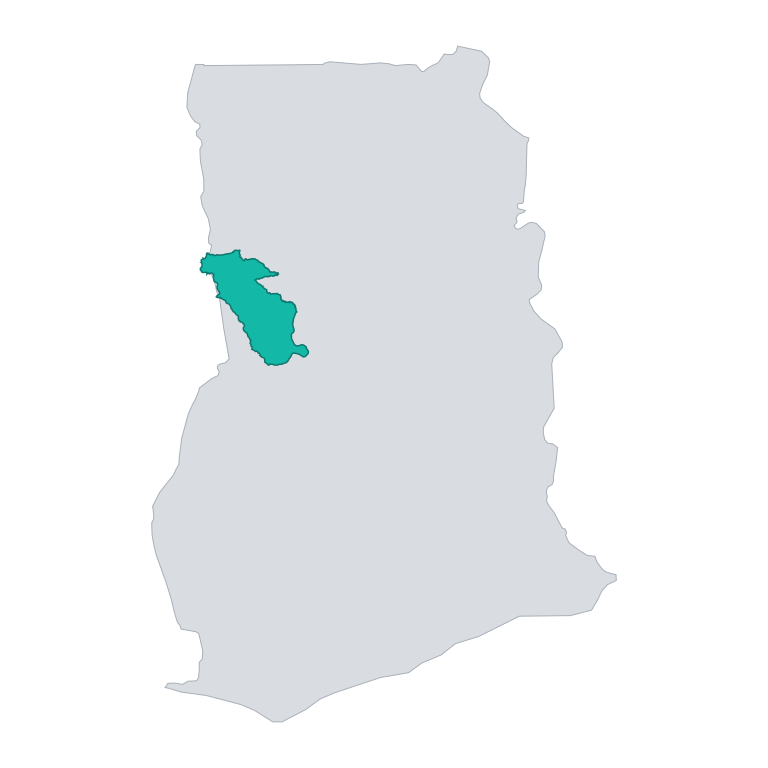 Bole, Northern, Ghana (highlighted)
{"feature_id": "2480657B39398526932747", "entity_name": "Bole", "entity_type": "district", "adm_level": 2, "iso_a3": "GHA", "parent_name": "Ghana", "parent_adm1": "Northern", "projection": "orthographic", "projection_center": [-2.328, 8.691], "detail": "fine", "context": "in_parent", "style": "filled", "palette": "teal", "viewbox_px": 768, "rotation_deg": 0, "n_neighbors": 0, "source": "geoboundaries", "source_scale": "gbopen_adm2", "svg_char_len": 8582}
<svg xmlns="http://www.w3.org/2000/svg" viewBox="0 0 768 768"><path d="M481.6,51.3L488.2,57.6L489.7,61.3L487.4,75.0L482.6,84.6L479.6,93.5L480.1,98.0L483.1,102.5L493.2,109.5L498.4,114.0L504.6,120.9L511.6,127.6L523.7,136.3L528.8,137.9L528.6,140.4L527.0,143.8L526.1,176.6L525.3,185.1L524.4,189.4L523.4,201.7L522.2,203.4L519.9,203.3L517.8,203.8L517.3,206.2L518.2,208.7L525.4,210.5L523.9,212.3L518.5,214.1L516.0,217.8L517.1,222.0L514.2,225.4L515.0,227.7L517.0,229.3L520.0,228.7L528.5,223.0L532.0,222.3L536.4,223.5L544.6,232.0L545.0,236.3L541.8,250.7L538.7,261.9L538.2,276.8L541.7,285.2L541.2,289.8L537.6,293.8L529.2,299.6L529.9,303.5L533.7,310.8L540.9,318.9L554.8,328.9L562.2,342.0L562.4,347.3L558.2,352.7L553.3,357.4L551.7,364.1L554.2,408.2L543.4,427.4L543.3,432.8L544.5,439.2L547.4,443.0L553.0,444.0L557.6,447.7L556.1,461.1L553.7,474.8L553.4,481.4L552.0,484.6L547.7,487.2L546.2,491.5L547.3,496.8L546.5,500.8L548.9,505.8L553.9,512.2L562.1,527.9L565.2,529.1L566.6,532.4L565.7,535.6L568.9,542.6L577.9,549.5L587.3,555.5L594.9,556.3L596.8,561.7L601.8,568.7L605.4,571.7L611.2,573.6L616.0,574.6L616.3,580.5L607.7,584.5L602.0,590.6L597.6,599.9L591.6,610.1L570.5,615.6L562.5,615.7L519.3,616.2L478.8,636.4L455.5,643.6L441.2,654.9L421.9,663.0L408.5,672.7L380.5,677.5L334.6,692.8L320.2,698.9L305.7,709.5L282.0,721.9L272.7,721.8L254.2,710.2L240.3,704.4L206.2,695.5L180.8,692.0L168.5,688.2L165.1,687.5L168.0,683.3L175.1,683.1L182.5,684.4L188.2,681.2L196.5,680.8L198.6,677.5L199.3,669.1L199.2,662.3L202.1,659.3L202.9,651.4L198.8,633.7L195.9,631.7L181.1,629.1L180.0,625.6L177.3,621.9L174.5,612.8L171.3,599.3L166.1,582.5L156.2,554.8L153.8,545.0L152.1,535.0L151.7,523.1L153.8,518.7L153.5,512.5L152.6,506.4L159.7,492.3L173.4,475.1L176.3,468.8L178.9,464.5L179.2,458.3L181.7,438.2L188.3,413.9L192.4,404.7L195.2,399.7L198.6,391.6L199.5,387.8L212.1,378.3L217.9,375.7L219.2,372.0L217.2,367.9L218.1,365.1L221.1,363.7L225.8,362.6L229.1,358.7L223.8,328.7L219.6,298.8L219.3,296.2L216.8,292.1L214.2,279.7L210.0,272.5L204.1,270.4L204.1,263.6L210.1,252.1L211.7,245.3L208.8,243.3L208.4,238.1L210.4,229.6L209.4,224.4L208.4,218.8L202.2,205.7L200.7,196.5L203.9,191.1L203.8,179.2L200.4,160.9L199.9,149.3L202.2,144.5L201.1,140.0L196.6,135.6L196.3,131.4L200.1,127.3L199.7,124.0L194.9,121.7L190.6,116.1L186.9,107.2L187.7,92.9L194.8,66.6L195.7,64.4L203.8,64.5L203.8,65.6L228.9,65.4L257.7,65.1L292.0,64.8L323.1,64.4L324.5,63.2L329.7,61.8L361.2,64.4L380.8,62.9L389.2,63.8L395.3,65.6L408.9,64.4L416.2,65.0L421.7,71.6L423.9,71.5L426.9,68.7L432.3,65.5L437.9,63.0L441.8,57.8L444.2,53.9L447.7,54.7L452.9,54.4L456.3,51.1L457.6,46.1L481.6,51.3Z" fill="#d9dde1" stroke="#a8b0b8" stroke-width="1"/><path d="M207.8,253.0L207.5,253.1L207.3,253.3L207.2,253.7L206.8,254.6L206.5,254.0L206.4,254.2L206.5,254.4L206.3,254.5L206.6,254.5L206.7,254.8L206.8,254.8L206.6,255.5L205.6,257.7L205.1,258.3L204.5,258.7L204.1,258.7L203.7,258.5L203.9,258.8L202.3,259.2L201.5,259.8L201.2,260.1L201.2,260.6L200.7,260.7L201.2,260.7L201.4,261.7L201.8,262.4L201.9,263.0L201.6,263.0L201.9,263.2L202.1,265.9L201.8,266.8L200.4,268.3L200.3,268.7L200.4,269.5L200.5,269.4L200.5,269.8L200.7,269.7L201.3,270.4L201.4,271.7L202.6,272.5L206.1,272.3L207.2,272.5L207.5,272.7L206.9,273.3L206.9,273.9L207.3,273.3L208.4,273.0L208.7,273.1L208.6,273.5L208.8,273.5L209.6,273.1L210.1,273.2L210.1,273.5L210.4,273.2L211.9,273.0L212.8,273.6L213.2,274.4L213.7,274.4L213.3,276.9L214.0,281.1L214.7,281.9L216.5,282.6L217.5,283.4L217.7,284.5L217.1,286.6L217.0,288.1L217.5,288.9L218.6,291.2L219.3,291.7L219.3,292.0L219.7,293.0L219.6,293.9L217.2,295.5L216.3,296.9L217.5,297.6L219.0,297.5L220.0,297.5L220.3,297.9L220.4,297.6L220.9,297.7L222.5,299.2L224.6,300.2L225.1,300.4L225.3,300.3L225.6,300.8L225.7,301.6L226.0,302.0L226.1,302.7L227.1,303.4L228.4,303.7L229.8,304.9L230.9,307.1L231.0,308.3L231.4,308.9L232.0,309.4L232.4,310.5L233.5,311.9L234.5,312.3L235.2,313.1L235.8,314.2L236.8,314.8L237.0,315.2L238.4,316.1L238.4,317.2L238.2,318.2L238.7,320.1L239.1,320.9L240.0,321.1L240.3,321.9L240.6,321.8L241.9,322.2L242.5,322.8L243.2,323.8L243.6,323.7L244.6,325.7L244.4,326.3L243.7,327.1L243.5,327.8L243.3,327.9L243.4,329.5L243.8,330.6L244.8,331.2L244.9,331.7L245.2,332.0L245.7,332.4L246.8,332.8L247.3,334.1L247.4,334.7L247.7,335.6L247.9,335.8L248.0,336.6L248.7,337.2L249.6,338.4L249.8,339.6L250.7,340.1L250.9,340.5L250.4,341.6L250.6,342.4L250.1,343.2L250.9,344.5L251.1,346.2L252.1,347.0L252.0,348.8L251.8,349.2L251.9,349.4L253.2,349.8L255.6,351.5L256.9,351.0L257.4,351.5L258.0,352.9L258.4,353.1L259.1,353.1L259.5,353.4L260.1,354.4L260.1,354.9L259.7,355.2L260.6,356.2L262.0,357.3L263.6,357.7L264.4,358.4L264.8,360.5L264.7,361.4L265.0,362.4L265.9,362.6L266.3,363.2L267.3,364.0L267.8,364.7L268.6,365.1L269.3,364.9L269.3,364.5L269.7,364.1L270.8,364.1L273.2,364.5L275.0,365.2L276.5,365.0L277.4,365.1L278.7,364.6L278.8,364.3L281.4,364.2L282.7,363.9L284.1,363.2L286.0,362.8L287.7,361.3L288.9,359.4L289.0,358.8L289.3,358.2L289.9,357.8L291.0,356.4L291.6,354.6L292.9,353.1L295.7,353.3L299.0,354.2L301.5,355.7L302.9,356.8L304.4,356.8L305.7,356.2L306.6,355.0L307.4,354.4L308.3,353.1L308.4,352.1L308.3,351.2L306.3,348.0L306.0,346.6L304.7,346.0L303.8,345.1L302.5,344.8L301.1,344.8L299.7,345.5L298.1,345.9L297.0,345.9L295.4,345.4L294.1,344.0L291.5,338.7L291.4,334.4L291.9,333.4L293.1,332.7L293.8,331.6L294.1,330.0L292.8,325.4L292.7,323.8L292.5,323.7L292.8,323.0L292.9,322.5L292.7,322.3L293.1,322.0L293.5,318.9L295.1,314.6L295.3,313.7L295.7,313.0L296.8,311.9L296.5,311.4L296.0,311.1L295.9,309.5L296.0,309.5L295.8,308.1L295.5,307.4L295.2,307.3L295.5,306.9L295.3,306.6L295.0,306.4L295.0,306.2L294.8,306.0L295.0,305.8L294.8,305.6L294.9,305.3L294.7,304.9L294.4,305.0L293.9,304.2L293.0,303.9L292.9,303.6L293.1,303.6L292.9,303.4L293.1,303.3L292.7,302.9L292.4,302.8L292.2,302.5L291.6,302.3L291.5,302.1L291.3,302.2L291.0,302.0L290.5,301.9L290.1,302.3L289.8,302.1L289.7,302.4L289.4,302.1L288.8,302.2L288.8,301.8L288.6,301.9L287.7,302.3L287.0,302.3L286.6,302.0L286.3,302.3L286.0,302.3L285.7,302.2L285.8,302.0L285.6,302.3L285.5,302.2L285.7,301.9L285.4,301.7L285.2,301.8L285.2,301.4L284.8,301.1L284.2,301.2L283.7,301.3L283.4,301.0L283.3,301.3L283.1,301.4L282.4,301.3L282.4,300.7L282.0,300.4L281.5,299.7L281.2,299.8L281.1,299.6L281.0,299.3L281.2,299.1L280.8,298.5L280.8,298.0L280.9,297.9L280.8,297.7L281.0,297.6L281.0,297.2L280.6,297.2L280.7,296.4L280.5,295.8L280.2,295.4L280.3,294.9L277.7,294.2L277.6,293.7L277.1,293.4L276.7,293.6L276.3,293.5L275.9,293.8L273.7,293.6L270.6,294.1L270.4,294.0L270.2,293.2L269.4,292.8L268.5,293.3L266.9,292.0L267.0,291.4L266.7,290.4L266.7,289.8L264.1,288.4L262.9,286.7L262.9,286.2L261.9,286.0L261.0,285.1L259.9,284.2L258.9,284.0L258.0,283.4L256.9,282.2L255.6,280.3L255.0,280.0L255.1,279.8L255.7,279.7L256.7,279.0L257.6,278.7L258.2,278.8L258.6,279.2L259.0,279.2L260.3,278.4L262.2,278.0L263.7,277.3L264.3,276.8L265.6,276.4L265.7,276.5L266.1,276.4L266.4,276.6L267.2,276.8L268.0,276.6L268.3,276.4L268.7,276.6L269.0,276.4L269.8,276.3L270.0,276.1L270.3,276.1L270.5,275.7L271.0,275.6L271.6,275.6L272.7,276.1L273.4,276.0L273.6,276.1L274.0,275.8L274.4,275.8L274.6,275.2L275.2,275.2L275.3,275.0L275.9,274.9L276.2,275.2L277.0,275.5L277.4,275.2L277.3,274.8L277.8,274.4L277.7,274.2L278.3,274.0L278.2,273.8L278.4,273.7L278.3,273.4L278.2,273.5L277.5,272.9L276.7,273.4L275.8,272.6L275.4,272.6L275.2,272.2L274.6,272.0L274.1,272.1L273.7,271.9L272.4,272.3L271.5,272.0L271.1,272.0L270.6,272.1L270.7,271.9L270.5,271.7L269.6,271.5L269.1,270.2L268.3,269.2L267.9,269.1L267.6,268.4L267.4,268.3L267.0,268.4L266.6,268.0L266.1,268.1L264.7,267.0L264.7,266.8L264.3,266.4L264.0,265.9L264.2,265.7L263.9,265.1L263.9,264.8L263.6,264.4L262.8,264.1L262.7,263.9L262.8,263.8L262.3,263.4L261.4,263.0L260.6,262.8L260.2,262.3L259.3,262.0L258.6,261.3L258.4,261.5L257.8,260.3L256.6,259.9L255.5,259.4L254.9,259.1L254.9,258.9L254.4,258.7L253.8,259.0L252.2,258.6L251.5,259.0L251.0,258.9L250.7,259.2L249.3,259.5L248.6,259.4L248.2,259.8L247.5,259.7L247.3,259.9L246.8,259.6L246.0,258.9L245.4,258.8L244.6,259.6L244.1,260.5L244.1,260.8L243.4,260.5L242.5,259.5L241.5,258.2L241.1,257.3L240.5,257.3L239.8,256.9L239.8,256.4L240.2,255.2L239.2,253.1L239.9,250.4L239.7,250.2L238.7,250.5L234.8,250.3L234.1,251.3L233.6,251.3L233.0,251.7L232.9,252.2L233.0,252.3L231.7,253.1L224.8,254.3L222.6,255.0L221.6,254.8L220.1,255.2L219.0,255.0L218.7,255.4L218.1,255.2L217.5,254.7L216.8,254.9L216.4,254.9L215.6,255.4L214.7,255.6L214.4,255.3L214.2,255.4L213.9,255.1L213.6,255.1L213.4,254.8L212.8,254.8L212.1,254.4L210.6,254.9L210.2,254.6L210.1,254.8L209.6,254.6L209.1,254.0L208.5,253.8L208.2,253.2L207.8,253.0Z" fill="#14b8a6" stroke="#0f766e" stroke-width="1.5"/></svg>